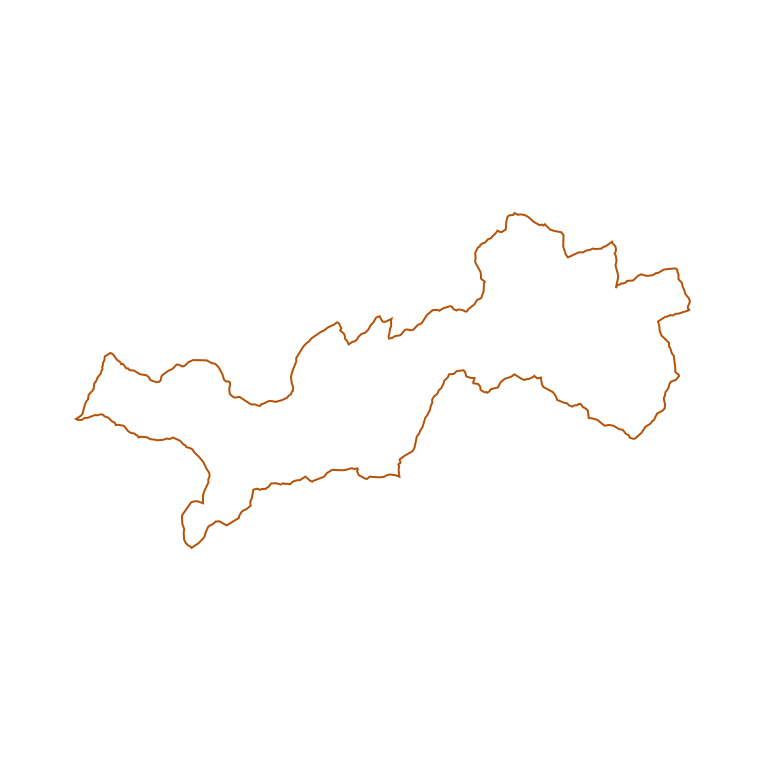 the district of Yungay, Áncash, Peru, rotated 206°
{"feature_id": "86281439B99310220517112", "entity_name": "Yungay", "entity_type": "district", "adm_level": 2, "iso_a3": "PER", "parent_name": "Peru", "parent_adm1": "Áncash", "projection": "robinson", "projection_center": [-77.695, -9.174], "detail": "fine", "context": "isolated", "style": "outline", "palette": "amber", "viewbox_px": 768, "rotation_deg": 206, "n_neighbors": 0, "source": "geoboundaries", "source_scale": "gbopen_adm2", "svg_char_len": 6154}
<svg xmlns="http://www.w3.org/2000/svg" viewBox="0 0 768 768"><g transform="rotate(206 384 384)"><path d="M643.6,291.9L647.0,286.4L645.8,283.0L645.7,279.2L644.8,277.5L644.7,275.6L643.5,274.0L643.7,271.8L643.1,269.7L644.3,264.1L644.0,260.7L644.6,257.4L642.7,251.7L644.7,244.9L643.3,240.4L643.9,238.3L643.9,235.0L642.0,225.2L642.3,223.0L645.5,217.5L643.6,217.5L639.9,219.2L638.1,222.3L635.5,223.7L630.4,229.2L627.3,230.6L625.5,232.6L623.0,233.2L621.0,232.4L617.2,232.9L612.1,231.2L609.3,231.3L607.1,229.5L605.0,230.8L599.5,232.4L592.9,229.3L589.8,229.1L586.6,230.1L584.5,229.4L582.9,229.6L581.2,228.4L579.3,230.1L573.7,232.2L569.7,232.0L565.0,233.7L563.5,233.8L558.4,236.8L555.0,239.9L552.4,240.6L550.7,243.0L549.8,243.4L542.3,243.6L537.8,241.7L535.9,241.9L534.1,240.7L529.7,241.4L527.3,241.2L525.0,239.6L518.6,237.5L512.3,234.7L506.2,229.9L502.2,227.6L500.3,224.7L500.1,221.2L498.6,218.3L498.6,209.9L497.9,204.6L494.4,197.5L500.7,196.8L503.8,194.8L505.5,193.0L507.8,178.5L507.6,176.3L504.1,170.1L500.0,166.0L498.9,162.6L495.5,156.6L493.3,154.8L490.1,153.2L486.6,153.0L485.2,152.3L481.0,159.4L478.6,166.5L478.4,168.1L479.2,172.0L479.4,178.5L479.2,179.5L476.4,183.1L475.0,186.6L471.8,188.4L463.5,187.9L455.8,199.9L456.3,201.6L456.1,206.1L455.2,208.4L452.8,211.2L450.5,216.2L452.7,219.7L452.7,223.3L455.1,231.6L453.2,233.6L451.4,234.5L449.3,234.4L447.8,236.0L444.1,238.1L444.0,239.2L442.7,240.8L441.9,245.1L437.7,247.4L432.7,248.4L431.1,250.6L429.3,250.7L427.8,251.7L424.5,252.7L422.9,256.6L420.7,258.8L417.4,260.8L414.1,266.3L408.2,264.7L405.7,264.8L405.1,266.0L397.3,274.3L396.2,279.0L393.0,284.1L383.6,288.2L379.8,290.8L376.7,293.8L373.0,294.9L370.9,296.5L370.1,295.8L369.9,293.7L366.7,291.0L359.2,290.7L357.7,291.2L356.1,294.5L347.4,298.0L343.4,300.5L341.0,303.8L338.7,305.4L333.5,307.1L329.5,307.4L333.3,313.3L334.2,316.5L335.8,317.9L335.7,318.8L334.7,319.8L334.8,320.7L336.9,323.1L334.0,328.6L329.0,336.0L328.7,337.4L328.7,340.5L331.5,351.1L330.7,355.0L331.0,357.7L330.5,362.1L332.1,371.7L331.3,375.6L331.4,381.1L332.3,384.9L332.4,388.2L333.8,390.8L333.7,394.6L331.7,398.7L332.0,402.2L330.7,405.6L330.7,410.7L331.3,413.2L329.5,418.2L329.9,421.1L325.6,423.7L324.4,427.3L318.6,431.2L316.4,430.3L313.3,426.9L308.7,427.5L305.2,429.0L304.5,424.5L304.0,423.8L299.5,425.3L296.3,423.8L294.7,421.1L294.0,420.9L289.6,420.7L288.3,421.7L287.3,421.4L286.1,423.6L285.7,426.2L280.1,430.9L280.0,436.7L277.6,441.8L272.9,446.2L271.0,449.9L262.4,448.9L259.5,449.2L258.3,450.7L256.2,451.8L253.1,455.5L252.5,457.2L248.9,456.2L245.8,458.6L242.0,453.0L239.6,451.2L228.5,450.7L224.4,448.5L221.3,445.6L213.1,446.2L210.8,446.9L208.5,445.9L204.9,446.2L203.6,448.2L201.2,449.5L200.5,451.1L198.5,452.3L195.0,450.4L191.9,450.4L189.0,449.3L185.0,443.1L182.1,444.3L176.6,445.3L167.5,443.2L163.9,445.8L159.5,447.1L152.6,446.5L149.4,447.5L144.9,445.3L141.3,445.2L139.8,443.5L135.9,444.0L134.4,445.2L131.2,452.9L130.3,460.2L127.3,464.8L126.5,468.6L125.6,469.8L125.6,477.2L122.1,481.8L121.0,484.9L122.3,488.7L126.3,493.7L126.4,496.7L127.5,500.1L126.6,504.9L127.4,509.0L127.2,511.8L123.6,515.5L122.3,520.3L123.0,521.4L127.5,522.5L129.2,526.0L136.0,536.5L138.5,537.6L142.7,541.9L144.5,542.9L145.9,546.0L155.8,549.2L159.8,552.9L161.5,556.1L165.1,560.4L160.9,567.3L158.1,569.7L157.0,571.4L154.8,571.9L152.2,575.3L150.4,576.1L142.7,583.5L142.2,584.6L144.0,585.1L144.8,586.6L145.0,591.8L147.2,594.5L152.5,596.9L155.9,600.6L158.0,602.1L160.4,605.4L165.3,607.3L167.2,611.4L169.5,613.4L170.0,614.6L170.6,615.3L172.8,615.7L182.5,609.7L186.3,604.0L188.1,602.9L190.1,599.7L191.7,598.5L195.4,596.3L200.9,595.3L203.1,592.7L205.5,586.2L210.8,583.2L211.2,581.1L213.4,579.0L214.6,578.6L215.6,576.8L217.6,575.3L217.7,571.8L220.2,582.1L221.1,584.2L228.0,592.2L228.9,596.5L232.1,601.2L233.8,602.1L233.9,605.0L234.8,607.2L236.6,609.3L240.2,610.7L241.4,611.9L245.1,605.0L247.1,603.2L247.8,601.1L252.9,598.1L255.7,597.3L257.4,595.1L261.1,592.2L262.8,589.5L266.6,587.8L274.2,578.4L277.1,579.9L283.2,586.1L287.9,596.5L291.3,598.1L298.0,596.2L302.4,595.6L309.5,598.1L310.2,596.3L312.0,596.5L313.8,595.0L320.6,595.4L327.8,597.4L331.7,597.5L335.7,596.3L337.6,594.9L341.7,594.8L342.0,592.5L345.1,590.7L346.3,588.7L345.2,583.5L342.3,576.2L344.8,572.2L347.0,571.4L349.1,571.7L349.8,568.1L351.4,564.0L351.6,562.0L354.0,559.8L355.3,555.1L356.6,554.2L358.4,551.3L358.2,549.6L359.3,548.1L359.5,546.5L359.5,541.7L357.1,537.9L355.8,534.1L354.7,532.9L346.7,527.3L345.1,525.3L343.0,521.2L338.2,520.1L338.0,517.6L335.1,511.0L334.3,503.7L337.2,500.4L337.6,495.3L340.9,488.5L341.3,485.6L342.4,484.8L345.1,484.9L348.6,484.1L350.5,483.0L351.0,481.9L353.1,481.7L355.5,482.2L356.3,483.1L358.5,483.1L363.9,478.1L366.4,474.1L368.3,474.1L372.6,471.8L375.7,464.7L376.7,455.9L377.6,453.8L379.0,452.7L379.9,450.8L381.3,446.0L382.4,444.7L384.1,443.8L386.7,443.4L388.8,442.0L390.6,435.1L395.1,431.8L397.0,428.8L399.4,427.0L400.9,429.0L401.4,432.4L402.7,435.8L403.0,439.3L405.6,444.4L405.8,445.9L410.0,440.5L411.8,439.6L413.2,439.8L417.7,443.0L420.2,440.3L420.6,434.4L421.7,431.6L421.9,426.4L423.2,422.1L426.3,418.9L427.6,415.2L427.8,412.1L429.0,409.4L430.9,408.1L433.1,404.1L435.6,406.2L439.2,407.8L440.1,409.9L442.0,411.6L446.8,412.9L446.7,415.3L451.1,418.7L453.1,419.0L455.1,415.3L459.0,410.6L461.4,405.8L463.8,402.8L469.3,393.0L470.2,388.8L471.5,387.0L472.9,382.3L474.3,368.9L472.7,365.8L472.1,356.7L471.1,350.8L470.3,348.8L467.2,344.2L464.1,341.2L462.9,337.9L463.4,336.7L463.2,333.9L464.6,331.7L465.0,329.2L469.0,324.4L473.8,320.3L477.8,319.4L480.2,318.0L483.9,313.3L485.4,312.2L485.6,310.2L486.6,309.6L491.7,308.9L493.6,307.6L495.3,307.4L508.2,309.1L512.2,306.3L514.4,306.3L518.3,307.5L521.2,312.2L521.8,315.6L523.0,317.7L524.6,318.2L527.1,317.0L529.9,317.9L533.3,321.8L540.7,327.0L544.8,328.1L547.8,327.3L553.8,327.5L566.1,321.8L569.4,317.8L571.0,313.2L572.7,311.4L577.2,311.4L578.9,310.4L580.7,304.9L583.8,301.1L587.2,294.6L587.3,293.0L586.3,289.2L587.4,287.1L589.2,285.9L595.1,285.1L596.5,285.4L597.9,286.9L601.4,287.7L607.6,285.8L615.1,286.5L617.6,285.2L619.1,285.0L620.8,285.9L622.5,285.0L626.1,287.1L627.8,287.5L628.8,286.5L630.7,288.0L634.9,288.8L640.5,291.9L643.6,291.9Z" fill="none" stroke="#b45309" stroke-width="2"/></g></svg>